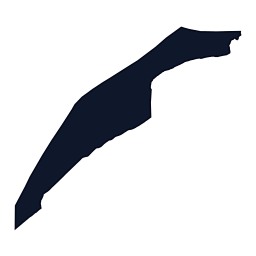 the district of Makanza, Équateur, Democratic Republic of the Congo
{"feature_id": "63176286B16264123188485", "entity_name": "Makanza", "entity_type": "district", "adm_level": 2, "iso_a3": "COD", "parent_name": "Democratic Republic of the Congo", "parent_adm1": "Équateur", "projection": "albers", "projection_center": [19.154, 1.264], "detail": "fine", "context": "isolated", "style": "filled", "palette": "ink", "viewbox_px": 256, "rotation_deg": 0, "n_neighbors": 0, "source": "geoboundaries", "source_scale": "gbopen_adm2", "svg_char_len": 2727}
<svg xmlns="http://www.w3.org/2000/svg" viewBox="0 0 256 256"><path d="M150.6,117.0L150.2,102.8L151.0,89.6L150.6,89.2L150.4,89.0L150.5,88.9L150.3,88.3L150.0,87.4L150.3,85.3L150.9,81.6L151.6,80.9L152.1,80.4L152.0,80.2L152.8,78.9L154.4,77.7L155.5,76.7L157.0,75.4L157.6,75.2L158.2,74.7L159.6,73.6L161.0,72.7L162.2,71.6L163.2,71.2L163.4,71.2L163.7,70.9L164.2,70.4L166.0,70.0L167.6,69.6L168.8,69.3L169.1,69.2L169.3,68.9L171.4,68.2L173.0,67.6L173.9,66.7L174.0,66.7L176.3,65.6L176.5,65.5L176.9,65.4L177.6,65.1L178.1,64.7L178.3,64.5L179.0,64.5L183.7,62.1L183.8,61.9L184.8,61.2L185.0,61.3L188.8,60.3L189.5,60.0L189.8,59.9L190.7,59.6L193.3,59.1L194.6,58.7L196.7,58.2L198.3,57.9L198.9,57.9L200.4,57.8L200.6,58.0L200.8,58.2L201.5,58.1L205.1,57.1L206.7,56.8L209.0,56.4L211.2,56.1L211.4,56.0L211.7,56.0L212.2,56.0L213.8,55.9L214.7,56.2L215.3,56.3L217.3,56.3L217.9,56.3L220.0,55.7L220.7,55.6L223.0,55.1L226.6,54.5L226.9,54.3L229.5,52.9L229.8,52.0L229.5,50.4L229.3,49.7L229.1,47.3L228.6,46.0L228.4,45.5L229.8,43.1L230.2,41.9L230.7,40.5L231.2,39.9L231.3,39.7L231.6,39.5L232.1,39.4L232.9,39.3L233.8,38.3L234.1,38.0L235.0,38.0L236.7,39.4L237.2,39.5L238.0,38.7L238.2,36.8L238.6,36.4L239.0,35.9L240.5,35.1L240.6,34.6L240.4,34.0L240.1,33.5L240.1,33.2L240.3,31.6L229.0,31.8L216.4,32.1L211.2,32.0L205.5,31.9L200.8,31.9L189.3,29.7L184.1,28.3L181.3,27.4L172.4,33.9L166.7,38.0L156.0,47.3L137.8,61.0L131.7,64.8L117.0,74.1L110.4,78.3L103.0,82.8L92.9,89.5L82.2,97.3L75.1,104.7L72.2,109.8L62.3,125.2L51.7,141.1L42.8,155.4L30.4,176.8L25.5,186.9L15.6,205.7L15.4,228.6L29.4,216.8L29.9,216.5L30.6,216.0L30.8,215.9L31.3,215.7L34.5,212.9L35.3,212.3L36.3,211.9L36.8,211.4L37.3,210.8L38.2,210.1L38.7,209.6L39.5,209.0L39.8,208.8L40.8,208.2L40.0,203.0L40.4,202.1L40.4,201.1L40.5,200.4L41.0,199.5L41.5,198.7L42.8,195.7L42.9,195.1L43.1,193.9L45.3,192.4L47.2,191.2L48.7,190.0L50.3,188.4L51.4,187.2L52.6,186.1L54.0,184.8L59.7,179.3L62.9,176.2L65.2,173.8L72.6,166.7L76.3,163.1L79.5,160.1L81.2,158.3L82.1,157.5L83.4,156.9L85.0,156.5L85.9,156.2L86.9,156.1L87.8,155.8L89.0,154.6L90.2,153.4L91.3,152.2L92.1,151.4L93.2,150.4L94.2,149.4L94.9,148.8L95.6,148.0L96.5,147.7L97.0,147.5L98.0,147.5L98.9,147.2L100.0,146.8L101.0,146.2L102.7,144.6L103.8,143.5L104.9,142.7L105.5,142.1L107.0,141.2L108.0,140.4L108.7,139.9L110.1,139.7L111.4,139.3L112.7,138.4L113.9,137.3L114.6,136.7L115.6,136.1L116.8,135.7L117.8,135.4L118.7,135.1L120.0,134.6L121.7,133.7L122.8,133.0L124.0,132.1L125.4,131.3L126.4,130.6L127.3,130.0L128.2,129.6L129.0,129.3L130.1,129.2L131.2,129.0L132.7,128.5L134.0,127.9L135.2,127.3L136.5,126.4L138.1,125.6L139.6,124.7L141.0,123.7L142.5,122.8L144.0,121.8L145.7,120.5L147.2,119.5L148.6,118.5L149.6,117.7L150.6,117.0Z" fill="#0f172a" stroke="#020617" stroke-width="1.5"/></svg>